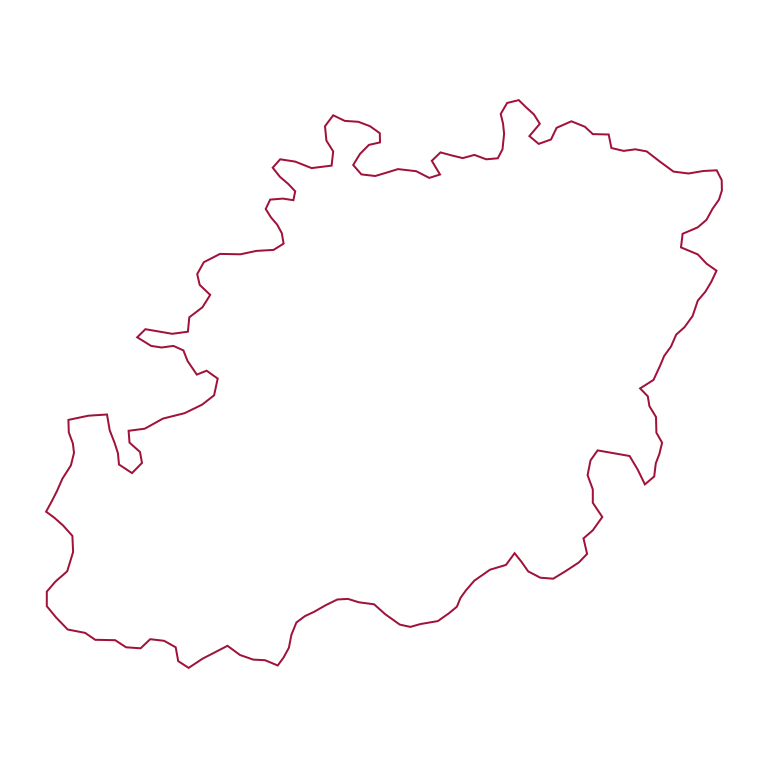 outline of Lagoa Santa, Minas Gerais, Brazil, rotated 270°
{"feature_id": "56859067B90713755743742", "entity_name": "Lagoa Santa", "entity_type": "district", "adm_level": 2, "iso_a3": "BRA", "parent_name": "Brazil", "parent_adm1": "Minas Gerais", "projection": "natural_earth1", "projection_center": [-43.878, -19.626], "detail": "fine", "context": "isolated", "style": "outline", "palette": "rose", "viewbox_px": 768, "rotation_deg": 270, "n_neighbors": 0, "source": "geoboundaries", "source_scale": "gbopen_adm2", "svg_char_len": 2724}
<svg xmlns="http://www.w3.org/2000/svg" viewBox="0 0 768 768"><g transform="rotate(270 384 384)"><path d="M189.3,553.2L196.8,565.5L205.6,578.9L214.1,587.1L229.6,583.5L237.7,592.8L251.0,602.3L265.2,592.8L278.6,592.8L292.8,587.6L307.6,590.5L317.6,597.6L312.0,629.6L298.2,637.8L283.6,644.9L291.5,654.2L304.7,655.8L314.1,659.4L325.3,662.1L335.3,656.4L351.0,656.0L361.9,649.4L371.7,647.8L379.6,640.1L388.1,653.5L402.3,660.1L412.1,664.2L421.5,671.0L433.4,676.2L440.7,684.4L452.0,692.6L467.4,697.8L476.2,705.3L486.0,711.2L497.3,716.5L504.2,706.7L513.6,697.8L520.6,681.0L534.2,682.6L540.7,697.8L548.2,706.5L559.3,712.6L568.4,719.0L577.6,721.9L587.9,721.7L597.7,716.7L597.0,703.3L594.5,688.5L596.4,673.5L606.4,659.9L616.6,646.7L618.7,635.3L617.1,623.7L620.0,611.4L633.5,608.7L633.9,592.8L641.3,584.8L646.7,571.4L640.2,556.6L628.5,551.0L624.1,538.7L631.9,529.4L644.2,539.8L653.6,533.9L660.4,526.4L667.9,518.7L665.0,507.1L654.0,500.7L644.6,503.0L634.2,504.1L618.7,502.5L609.7,497.8L608.7,486.2L613.1,474.4L609.9,462.8L612.7,451.2L615.6,440.5L607.2,431.8L593.5,440.0L590.1,429.3L596.8,416.2L598.9,398.0L595.1,385.7L592.0,375.2L593.6,361.4L603.0,353.2L614.1,360.0L623.1,368.9L625.6,380.0L634.8,379.8L641.8,370.0L646.2,358.4L647.1,344.8L652.7,333.2L641.8,325.0L627.4,326.4L616.6,333.2L602.4,331.6L599.9,311.6L606.4,295.2L608.7,280.2L600.3,272.7L591.1,280.0L584.1,288.2L576.7,295.2L567.8,293.4L569.4,282.9L568.4,270.2L559.0,265.7L550.7,270.9L543.2,277.3L534.8,281.8L524.4,283.6L518.1,273.6L517.1,256.4L513.7,240.4L514.1,220.0L505.8,203.8L493.9,197.2L483.1,199.7L473.1,210.2L460.8,202.5L450.7,189.3L436.3,187.9L434.2,172.2L438.8,145.4L430.7,137.2L422.1,151.1L420.5,161.6L422.1,173.4L417.6,183.4L407.1,187.5L393.4,196.8L397.3,206.6L389.4,217.7L372.7,214.1L363.3,202.0L354.8,184.5L349.4,162.9L339.3,144.7L337.2,128.6L325.4,129.5L316.0,140.0L305.1,142.0L294.9,132.0L303.5,119.0L314.9,117.9L325.4,114.5L337.7,109.7L353.5,107.0L352.3,88.4L348.1,68.4L335.6,68.8L324.5,72.9L315.1,74.0L302.6,70.9L289.3,62.4L276.6,56.8L267.2,52.0L256.3,46.1L250.3,54.3L242.5,63.1L232.1,72.4L216.0,73.1L196.7,67.2L186.4,55.4L176.4,46.8L161.8,46.8L150.5,56.1L138.5,67.7L135.1,85.2L128.2,95.2L127.8,115.2L120.7,126.1L119.7,140.6L128.8,150.2L127.2,164.1L120.7,175.7L106.9,178.2L100.1,188.6L109.4,202.7L116.3,216.1L122.2,227.5L113.0,240.0L108.4,253.2L107.8,265.0L102.5,277.7L110.5,283.6L120.3,288.9L133.2,291.4L145.5,296.4L151.8,304.8L156.2,314.1L162.8,325.7L168.5,337.3L169.1,348.0L165.7,358.9L163.7,374.1L153.8,385.2L143.4,399.8L141.1,410.3L144.0,420.7L146.9,437.8L154.7,448.9L161.3,456.9L170.1,460.5L178.0,466.2L187.4,474.4L198.3,490.0L203.1,506.0L214.8,514.6L206.0,521.6L196.6,528.2L190.3,540.3L189.3,553.2Z" fill="none" stroke="#9f1239" stroke-width="2"/></g></svg>